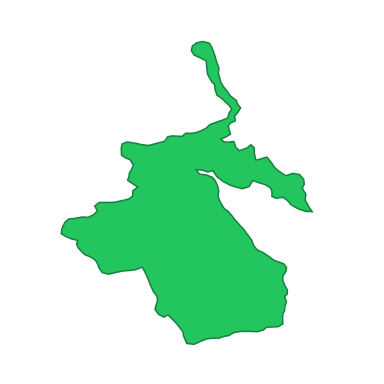 the district of Irupi, Espírito Santo, Brazil, rotated 100°
{"feature_id": "56859067B48527035331511", "entity_name": "Irupi", "entity_type": "district", "adm_level": 2, "iso_a3": "BRA", "parent_name": "Brazil", "parent_adm1": "Espírito Santo", "projection": "equal_earth", "projection_center": [-41.665, -20.336], "detail": "fine", "context": "isolated", "style": "filled", "palette": "green", "viewbox_px": 384, "rotation_deg": 100, "n_neighbors": 0, "source": "geoboundaries", "source_scale": "gbopen_adm2", "svg_char_len": 2924}
<svg xmlns="http://www.w3.org/2000/svg" viewBox="0 0 384 384"><g transform="rotate(100 192 192)"><path d="M174.1,79.6L169.4,84.0L164.9,82.8L160.3,84.1L156.1,89.2L156.2,96.2L159.7,102.5L156.3,110.3L153.4,115.0L149.1,119.1L144.6,124.3L147.5,130.0L149.5,134.7L143.1,137.3L137.6,138.4L135.2,142.2L139.3,145.7L143.1,152.6L140.2,156.8L135.0,159.5L136.5,164.4L137.1,169.0L135.0,172.8L131.8,168.1L128.4,164.2L124.1,166.2L120.4,167.9L117.3,165.9L114.4,161.7L110.0,163.2L105.2,160.5L100.8,158.7L97.7,162.1L94.0,164.4L91.1,170.3L86.2,175.5L82.7,179.4L78.5,183.0L73.7,185.0L70.6,186.6L65.2,187.0L61.5,189.2L58.2,191.0L53.7,193.2L49.3,195.6L45.7,197.9L42.4,200.8L41.9,207.6L44.3,213.4L48.1,217.0L52.9,217.2L56.7,213.8L58.4,207.4L60.4,200.8L65.2,199.5L72.7,197.4L76.9,194.4L80.1,191.6L82.4,188.3L86.9,187.2L92.4,184.1L95.0,178.4L97.9,174.2L100.0,170.8L103.4,167.3L108.0,169.3L112.9,169.6L116.6,175.7L119.3,180.6L122.4,186.0L126.7,189.2L130.3,193.9L132.6,198.0L134.4,202.9L135.2,208.4L138.9,211.4L139.6,216.4L140.2,221.4L141.8,225.5L146.8,227.8L150.3,235.5L153.7,242.8L154.1,249.9L153.8,255.1L153.8,260.2L154.1,264.9L156.8,269.1L161.3,269.3L168.0,267.8L169.9,263.6L171.0,258.5L175.9,254.4L180.8,255.6L184.1,257.0L187.8,256.7L191.6,257.5L194.0,252.1L196.7,246.2L200.9,250.4L206.5,249.9L209.5,252.6L211.5,256.4L213.0,260.5L215.0,264.9L216.3,269.6L217.4,276.2L218.5,281.8L222.7,285.3L227.2,281.9L231.4,285.0L235.0,289.8L235.7,295.9L238.5,303.2L240.1,308.9L243.8,311.8L247.6,313.0L251.1,313.8L255.9,313.5L257.9,307.9L259.2,302.2L259.5,296.1L263.2,296.7L266.8,294.4L270.2,290.0L272.4,286.5L273.4,281.2L275.8,275.5L278.9,272.7L283.3,270.1L287.0,266.3L287.4,259.7L284.3,252.6L281.7,246.2L280.4,240.8L278.4,234.2L274.7,228.0L278.7,224.7L283.0,221.7L287.2,219.0L292.1,216.0L296.9,212.6L300.9,208.2L305.5,207.1L309.2,207.7L314.0,208.1L318.3,203.7L320.2,198.0L317.3,194.3L320.2,189.9L324.7,183.8L328.5,179.7L331.5,176.5L335.0,175.5L338.1,173.4L342.1,170.9L341.6,163.4L337.7,157.8L334.5,152.7L332.6,147.4L331.2,140.0L328.5,135.1L327.0,130.7L323.3,126.6L320.8,119.6L319.4,112.1L318.3,103.6L315.4,97.6L312.1,94.9L310.9,88.9L309.6,83.5L306.1,79.6L300.2,81.0L296.2,81.3L292.9,80.2L288.9,80.6L283.7,79.9L279.0,82.7L276.0,80.5L272.0,81.0L267.6,84.6L263.8,87.0L259.4,88.0L253.9,85.7L249.9,85.8L246.9,88.9L245.8,94.6L244.9,99.8L242.4,104.5L239.4,111.3L237.7,117.7L234.2,121.8L229.2,124.8L223.8,130.4L219.7,134.7L216.1,139.5L211.6,145.2L208.0,149.1L205.0,152.7L202.8,157.3L198.8,160.9L194.7,164.0L190.4,165.9L186.7,165.7L181.9,167.6L177.0,170.9L173.9,174.7L172.7,180.9L173.1,187.7L169.3,191.9L168.7,185.8L169.5,179.9L167.3,175.2L172.6,170.0L176.4,162.9L178.4,156.6L179.4,150.8L180.1,143.1L176.8,136.7L170.2,134.2L171.2,128.2L172.0,121.3L174.4,115.3L177.7,113.3L182.5,112.5L183.6,107.9L181.4,101.7L183.8,96.5L187.1,92.6L189.1,87.7L190.4,83.3L191.3,76.4L190.5,70.2L186.1,74.5L180.3,79.1L174.1,79.6Z" fill="#22c55e" stroke="#15803d" stroke-width="1.5"/></g></svg>